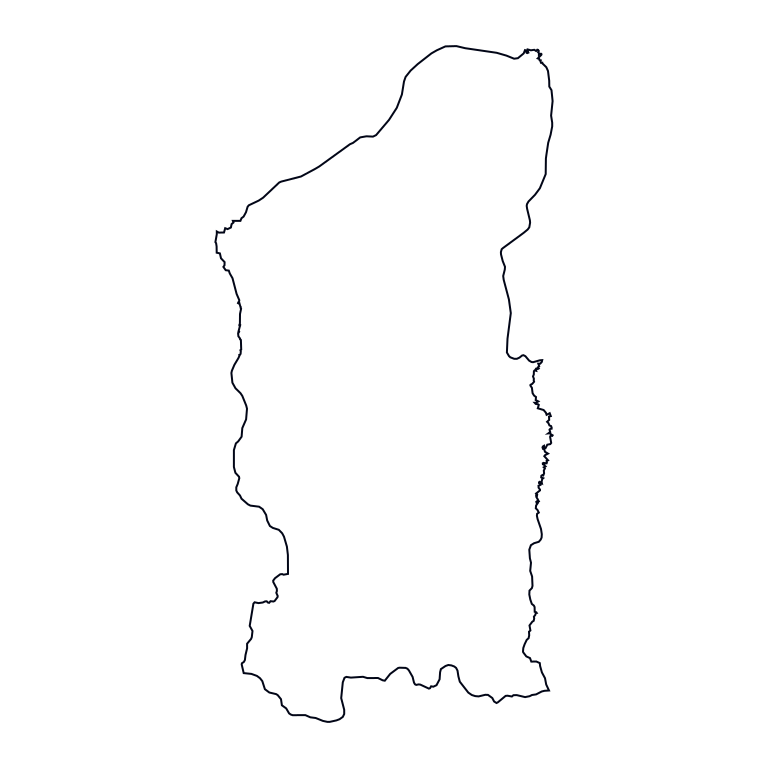 Buachet, Surin, Thailand
{"feature_id": "78962969B96676572304128", "entity_name": "Buachet", "entity_type": "district", "adm_level": 2, "iso_a3": "THA", "parent_name": "Thailand", "parent_adm1": "Surin", "projection": "robinson", "projection_center": [103.998, 14.484], "detail": "fine", "context": "isolated", "style": "outline", "palette": "ink", "viewbox_px": 768, "rotation_deg": 0, "n_neighbors": 0, "source": "geoboundaries", "source_scale": "gbopen_adm2", "svg_char_len": 6077}
<svg xmlns="http://www.w3.org/2000/svg" viewBox="0 0 768 768"><path d="M537.3,49.7L536.1,51.0L534.3,49.8L530.9,50.3L527.5,49.4L527.0,50.8L528.0,51.5L528.4,52.6L527.2,53.1L526.6,52.8L525.6,50.3L525.0,50.1L523.7,53.4L517.9,58.2L514.1,58.7L506.4,55.6L496.7,52.8L465.2,48.2L456.4,46.1L445.4,46.4L436.8,50.3L431.4,53.4L417.7,64.1L410.6,70.6L405.6,76.9L404.0,81.5L401.9,94.5L396.8,107.8L389.0,119.9L376.1,135.1L373.0,136.6L366.4,136.3L360.2,137.4L353.0,142.9L350.0,144.2L319.2,166.5L315.3,168.8L301.0,176.5L281.2,181.6L279.2,182.5L263.1,197.7L258.7,200.6L248.8,205.3L247.6,206.8L246.0,212.2L243.6,216.6L241.5,218.2L240.4,220.9L232.9,220.9L233.5,222.5L231.6,224.1L230.9,227.5L227.6,229.1L225.2,228.2L224.0,232.5L218.8,232.6L216.8,231.5L216.8,234.2L215.4,242.1L216.1,243.2L216.6,246.4L216.7,252.7L219.9,253.4L221.0,258.3L224.6,262.1L224.5,265.3L223.4,266.9L225.7,270.2L228.8,270.6L229.8,273.5L232.5,278.2L236.6,293.9L239.3,300.2L238.8,302.4L238.3,302.4L238.0,303.1L238.7,303.5L239.4,303.1L240.4,306.7L240.8,307.1L240.6,307.9L241.1,308.7L240.0,314.0L239.9,323.5L239.5,324.6L240.2,324.9L240.1,325.6L239.5,325.7L239.8,326.5L238.7,330.7L239.2,331.6L238.9,332.2L238.4,332.0L238.1,333.5L238.4,336.3L240.1,338.6L240.1,339.4L240.9,340.0L241.2,349.6L240.4,350.2L240.8,351.2L240.6,353.8L240.0,354.8L239.3,354.9L239.3,356.1L238.4,358.1L234.4,364.8L231.9,370.7L231.4,373.0L232.4,382.7L235.5,388.3L240.5,393.2L242.3,395.9L246.2,405.5L247.0,408.7L246.1,419.4L242.3,428.1L241.6,436.7L238.2,441.4L235.9,443.4L233.9,450.1L233.9,467.0L235.4,472.8L239.0,476.7L239.3,478.2L237.7,484.0L236.3,487.3L236.3,490.5L237.2,492.4L240.0,495.5L241.5,498.7L247.9,504.3L250.4,505.6L259.1,506.7L262.7,509.2L266.1,514.9L267.2,520.5L269.9,526.0L272.8,527.9L278.8,529.8L282.2,533.3L284.0,536.7L286.9,546.6L287.9,555.0L288.0,573.9L283.6,574.7L282.2,574.1L280.2,574.3L275.0,578.2L273.2,580.6L273.3,582.1L276.8,588.7L276.9,591.0L276.3,592.8L277.7,596.0L277.5,597.2L274.6,601.0L273.5,601.5L270.5,601.2L269.2,602.8L268.0,602.6L266.7,601.3L265.1,601.4L262.8,602.5L258.5,603.1L254.6,602.3L253.4,603.7L249.7,625.9L252.5,631.0L251.8,637.1L251.1,638.9L247.1,643.7L247.1,648.3L245.5,655.0L244.9,660.0L243.9,661.9L241.9,663.3L241.7,664.5L243.7,673.1L251.4,673.9L256.9,675.9L260.0,678.2L262.3,681.1L264.9,689.2L269.3,692.5L276.1,694.1L277.7,695.1L281.0,699.2L281.9,705.3L286.2,708.4L289.1,713.4L290.9,714.6L292.7,715.2L305.3,715.1L310.3,717.3L315.7,718.0L322.9,720.9L327.5,721.9L329.6,721.9L336.4,720.4L339.6,719.2L342.8,716.9L344.2,714.0L344.2,709.8L341.2,698.1L342.8,682.3L344.5,677.8L346.3,676.9L350.9,677.6L363.0,676.8L367.4,678.1L378.0,678.0L382.7,680.3L384.8,680.7L390.2,673.9L398.1,668.0L399.4,667.7L405.6,667.9L407.4,668.7L408.9,670.4L412.6,676.9L414.0,682.6L415.0,684.3L416.2,684.9L418.6,684.4L420.3,684.6L428.9,688.6L430.0,688.2L431.1,686.3L433.3,686.7L436.5,685.2L439.6,679.3L440.1,672.2L440.9,669.1L445.5,666.0L448.3,665.0L451.4,665.4L454.3,666.5L456.1,667.9L457.5,670.6L458.4,676.4L459.8,681.7L468.3,692.6L471.8,695.0L475.2,696.1L478.6,696.4L485.3,694.8L488.0,694.9L492.3,698.0L494.1,701.5L496.5,703.0L497.9,702.3L505.6,695.9L507.5,695.7L511.9,696.5L513.4,695.2L516.7,695.1L525.1,697.1L529.6,696.2L532.0,695.0L536.1,694.4L541.7,691.5L544.5,690.8L549.0,690.5L546.2,684.5L545.0,678.2L541.9,672.4L540.1,666.0L539.8,663.1L536.3,661.5L531.3,661.6L530.0,658.1L526.3,656.4L523.2,652.3L523.0,651.4L523.3,648.0L524.6,644.3L526.7,639.9L528.6,638.2L529.2,635.3L529.0,631.7L530.4,630.5L529.5,625.4L532.3,621.7L533.7,620.8L534.2,618.4L533.9,616.7L535.3,614.9L535.9,612.8L536.6,612.8L536.3,612.3L534.7,611.8L534.6,607.1L533.9,605.6L531.8,603.9L530.3,599.5L529.3,594.5L529.5,590.6L531.9,588.1L532.5,585.9L532.1,576.5L530.2,570.9L531.0,562.7L529.9,558.3L529.3,549.7L530.9,545.2L534.1,543.2L538.8,541.8L540.7,539.6L541.6,537.6L541.8,534.2L541.0,529.0L537.6,519.1L536.9,515.8L537.1,513.8L538.8,512.6L537.5,510.0L535.8,508.3L536.1,505.5L538.0,502.7L537.7,502.0L536.6,502.8L536.3,501.8L537.8,500.6L537.8,501.6L538.8,501.3L536.3,496.9L536.2,495.9L536.9,496.2L537.2,494.5L536.1,493.5L540.0,490.4L540.0,489.6L538.6,487.7L538.5,485.7L540.7,484.8L541.0,483.9L539.1,483.2L539.0,482.3L539.7,481.8L541.9,483.2L541.6,481.8L542.2,479.1L543.2,478.2L541.2,477.4L541.4,475.7L542.5,475.0L543.3,475.4L544.1,473.3L543.8,470.6L544.9,468.4L543.8,467.3L545.5,466.4L544.3,465.3L544.5,464.3L542.9,464.2L542.8,463.3L543.4,462.9L546.6,463.3L546.9,462.6L546.6,460.9L548.0,460.3L544.3,456.2L545.0,455.2L548.0,453.6L545.0,451.8L544.1,449.1L543.0,448.9L542.5,447.3L543.0,446.4L544.0,445.8L544.2,448.0L545.5,448.2L547.3,444.7L550.3,444.1L551.2,442.9L550.1,436.9L550.6,435.7L552.2,435.9L552.6,435.3L550.6,434.1L550.3,433.2L548.3,433.4L550.2,432.0L549.5,429.7L550.3,428.8L551.6,428.7L551.7,427.8L551.1,426.1L549.4,425.4L548.5,423.2L547.1,421.8L549.2,419.9L549.0,416.6L550.8,416.1L549.7,413.2L546.6,414.8L545.9,412.7L543.6,410.0L537.8,408.3L538.8,404.9L538.1,404.3L535.7,403.9L534.7,402.8L535.9,402.8L538.3,401.4L535.7,400.1L536.0,397.0L534.1,395.6L532.6,393.2L531.9,387.8L530.4,385.6L530.5,384.8L532.2,383.9L534.1,381.7L533.7,380.2L533.9,378.8L533.0,376.4L533.8,374.5L533.9,371.2L534.6,370.4L536.2,370.8L535.7,369.2L536.0,368.7L537.8,369.0L538.7,368.5L537.8,367.4L539.2,366.3L538.3,363.7L540.2,363.7L541.8,361.9L542.2,360.1L539.8,360.3L533.1,362.2L531.5,362.0L529.1,360.6L525.4,356.2L523.5,355.2L522.1,355.5L519.5,357.6L516.9,358.8L514.2,358.8L510.3,357.3L509.0,356.1L506.9,352.5L507.5,338.7L510.8,313.1L508.9,299.4L503.7,279.8L503.2,276.0L504.8,269.5L505.0,266.8L502.7,261.0L501.0,254.3L500.9,252.1L501.7,249.2L502.8,248.2L523.7,232.8L527.7,229.5L529.3,227.3L530.1,222.7L529.9,220.3L527.1,208.7L526.7,205.9L527.0,204.1L528.5,201.5L535.0,194.8L539.9,188.2L545.7,174.1L545.9,158.5L546.4,154.8L548.2,142.8L550.6,134.7L552.2,126.4L552.2,122.7L551.1,115.6L552.6,101.1L551.5,90.2L549.3,86.6L549.2,80.7L548.0,71.0L546.3,67.2L542.4,63.4L542.3,62.7L541.0,62.8L540.4,61.1L540.7,60.4L539.6,60.2L539.2,58.9L537.8,58.4L541.3,54.9L541.5,54.2L541.2,53.8L539.5,53.8L538.9,54.4L538.9,53.1L538.1,52.2L538.8,51.0L538.1,49.9L537.3,49.7Z" fill="none" stroke="#020617" stroke-width="2"/></svg>